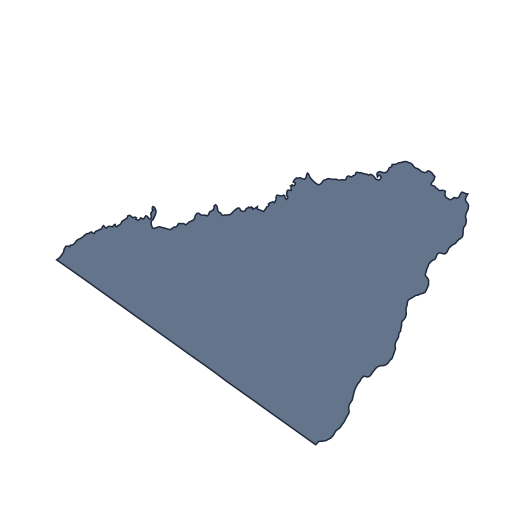 the district of Luciara, Mato Grosso, Brazil, rotated 24°
{"feature_id": "56859067B22609509698935", "entity_name": "Luciara", "entity_type": "district", "adm_level": 2, "iso_a3": "BRA", "parent_name": "Brazil", "parent_adm1": "Mato Grosso", "projection": "natural_earth1", "projection_center": [-50.968, -10.98], "detail": "fine", "context": "isolated", "style": "filled", "palette": "slate", "viewbox_px": 512, "rotation_deg": 24, "n_neighbors": 0, "source": "geoboundaries", "source_scale": "gbopen_adm2", "svg_char_len": 5733}
<svg xmlns="http://www.w3.org/2000/svg" viewBox="0 0 512 512"><g transform="rotate(24 256 256)"><path d="M424.3,113.1L422.5,113.7L419.9,113.7L418.2,113.8L417.6,115.3L417.5,119.4L416.4,121.2L413.0,122.1L411.6,124.9L410.3,125.6L408.6,125.6L406.6,125.3L405.0,124.6L403.7,123.3L403.2,121.9L402.7,119.8L400.2,119.8L397.0,121.6L395.6,121.5L394.4,120.8L392.5,120.6L391.0,119.6L388.3,119.8L387.1,119.8L386.4,118.7L387.1,116.4L387.6,114.2L387.3,112.2L387.1,110.6L385.6,110.1L382.8,108.5L379.6,107.9L378.3,108.4L377.5,110.4L375.8,111.3L373.9,111.5L372.6,111.4L368.3,110.4L366.6,110.7L365.0,110.6L363.9,110.1L361.4,108.7L359.8,108.3L356.8,108.5L355.2,108.5L353.3,109.3L351.7,110.5L349.9,112.0L348.4,112.9L347.0,114.8L345.9,115.6L343.1,117.0L343.6,119.0L342.7,120.3L341.8,121.4L341.8,124.0L341.5,125.5L340.7,126.7L339.5,127.7L337.7,128.2L336.5,128.3L334.9,128.5L333.9,129.2L333.1,130.6L333.0,131.9L334.8,134.4L335.5,132.1L337.8,132.5L338.5,134.4L337.8,136.3L336.6,136.9L334.7,137.1L330.9,135.2L329.4,134.8L328.2,134.7L326.9,135.1L326.1,136.4L324.2,136.2L321.3,136.9L317.7,137.3L316.0,138.1L314.3,138.3L313.4,139.3L313.7,141.4L312.3,143.0L310.7,145.2L308.4,145.1L307.4,145.7L306.8,147.0L306.9,149.4L305.9,150.7L303.9,151.1L302.7,151.9L301.3,153.0L298.4,153.2L296.9,153.7L295.0,154.8L291.4,155.6L289.9,156.3L288.7,157.9L286.9,159.4L286.2,162.6L285.5,164.3L284.6,165.2L283.5,165.6L280.8,165.2L277.6,164.2L274.7,162.9L273.0,161.9L271.4,160.4L270.5,159.6L269.2,159.4L269.2,160.9L269.7,163.5L269.4,166.1L266.3,166.6L265.2,166.5L264.0,166.8L262.6,168.0L261.1,168.2L260.4,170.3L259.8,171.7L259.9,173.3L262.2,173.3L262.7,174.8L261.9,176.7L260.0,176.3L259.1,177.8L260.2,177.7L260.2,179.5L261.5,181.8L259.9,182.4L258.5,182.6L258.0,183.9L258.3,185.8L259.2,186.8L259.2,188.4L260.7,188.9L261.4,190.1L260.7,192.0L258.9,190.9L257.6,189.4L256.5,189.1L255.7,190.1L254.6,191.0L252.6,191.3L250.3,192.0L250.4,194.3L251.4,196.1L251.3,198.1L251.0,200.0L249.5,199.5L248.0,200.9L246.9,202.0L246.2,203.4L247.3,204.7L246.7,205.9L245.8,206.7L245.8,208.2L245.3,210.2L244.9,212.2L238.0,212.5L237.2,210.3L235.8,212.7L234.7,213.8L233.9,214.7L233.1,213.3L231.6,213.1L230.9,214.6L229.4,214.3L228.9,215.6L227.8,216.5L227.7,218.9L226.2,220.5L224.9,220.8L223.6,220.6L221.6,219.1L220.2,219.3L219.1,220.6L217.9,222.9L217.2,224.6L216.6,226.5L215.6,228.6L214.1,229.5L212.1,230.9L210.9,231.0L209.6,232.3L208.2,232.4L206.1,231.1L203.8,230.9L202.5,230.0L201.4,228.1L200.1,226.4L198.3,225.6L197.3,227.2L198.2,229.4L198.1,231.3L197.4,232.5L195.7,234.5L195.7,237.0L195.6,238.3L194.8,239.4L193.0,239.3L190.2,240.7L189.0,240.8L186.1,240.2L184.8,241.0L184.1,243.2L184.5,247.1L184.0,248.8L180.9,252.3L180.1,254.6L178.9,256.2L176.9,255.7L174.2,257.0L172.0,257.8L171.7,260.8L170.7,262.4L169.3,262.9L167.3,266.4L165.5,267.2L160.0,267.8L158.5,268.2L156.1,268.5L155.0,269.1L151.6,272.3L150.0,272.5L147.5,269.8L146.7,268.3L146.1,266.6L147.2,264.7L147.3,259.7L147.1,258.1L146.6,256.0L145.5,254.5L144.6,253.7L143.1,252.7L141.7,252.8L141.6,254.1L142.3,255.7L143.6,255.7L142.8,258.0L142.5,259.7L143.4,261.3L144.6,262.9L144.5,265.0L143.1,265.5L141.8,264.7L140.8,264.0L139.0,264.1L138.3,267.5L137.4,268.3L135.2,267.9L134.8,269.8L133.9,271.4L132.4,271.3L131.2,271.4L131.3,269.8L130.0,269.6L129.0,270.1L127.6,271.2L125.2,270.3L123.8,270.3L122.5,271.6L122.9,273.8L122.0,274.9L120.9,276.9L120.0,277.9L119.4,279.0L119.4,281.5L118.8,283.0L117.6,284.1L117.3,285.7L115.8,286.0L114.4,284.4L113.6,285.3L113.1,287.7L110.1,288.4L108.9,289.2L108.0,291.3L106.8,291.5L105.5,290.6L104.2,290.3L103.8,291.7L103.9,293.1L103.6,294.5L102.3,295.4L101.6,296.7L100.6,297.5L99.4,298.9L99.0,301.2L97.7,301.4L95.8,300.9L94.5,302.6L93.5,304.0L92.3,304.3L91.6,305.7L90.5,307.5L90.1,309.1L89.0,310.6L88.4,311.7L87.3,312.5L86.6,313.8L85.7,314.9L85.2,318.2L84.6,319.5L83.6,320.7L81.9,321.8L82.0,323.2L80.0,323.5L78.3,324.5L78.1,326.3L77.9,327.9L78.6,330.4L78.2,333.1L77.8,335.4L77.1,337.7L75.4,340.6L112.6,347.9L122.6,350.0L138.9,353.3L148.5,355.3L150.1,355.6L152.2,356.0L167.9,359.3L192.5,364.2L225.7,371.0L229.4,371.8L233.8,372.7L241.4,374.2L242.7,374.5L247.2,375.3L265.8,379.1L279.4,382.3L318.9,390.2L320.1,390.5L325.9,391.7L338.7,394.3L376.7,402.0L377.9,402.3L387.3,404.1L387.8,402.9L388.4,400.4L389.9,399.2L392.3,398.0L395.2,396.0L396.2,394.6L398.4,391.9L399.6,388.3L399.7,386.0L400.3,382.7L402.2,379.5L402.7,378.2L403.3,374.6L404.0,371.9L404.2,367.0L404.4,364.7L404.6,363.5L404.7,361.9L404.5,360.5L402.7,357.6L401.8,355.2L401.7,353.6L402.5,348.2L401.5,343.3L401.2,341.7L400.7,338.6L400.7,335.6L400.8,333.6L400.8,332.0L401.8,328.8L402.1,324.7L403.5,321.8L406.0,321.4L407.3,321.1L408.7,319.5L409.2,318.4L409.5,316.8L410.3,312.8L411.3,309.5L412.1,307.9L412.9,306.9L413.9,306.0L414.9,305.4L417.9,303.7L418.9,302.5L419.9,300.9L420.3,299.6L420.6,297.0L421.9,294.7L421.9,293.0L421.1,283.8L419.5,281.4L418.8,279.0L418.7,276.1L419.1,274.0L419.1,272.0L418.3,269.6L418.0,267.8L418.7,265.8L418.0,264.0L417.4,260.8L415.9,257.0L416.8,254.3L417.5,251.3L417.0,248.1L416.3,246.6L415.5,245.4L414.5,243.3L413.9,239.0L413.1,236.6L413.0,234.4L414.0,232.6L415.2,231.3L417.1,228.3L418.2,226.9L420.2,225.6L421.3,224.0L423.5,222.4L425.2,220.5L425.5,218.0L425.4,216.3L425.5,212.6L424.1,209.4L423.6,208.0L422.2,206.7L419.1,205.3L418.2,204.2L417.3,197.2L417.4,195.2L417.1,193.3L418.3,189.5L419.5,187.6L420.5,186.7L421.0,185.2L420.8,180.3L422.5,178.2L426.5,177.8L428.0,176.9L428.8,175.2L429.1,170.2L430.6,166.6L433.1,163.3L433.4,161.7L434.6,158.3L435.6,157.1L436.6,154.9L436.6,153.0L435.7,150.4L434.8,148.7L434.1,145.4L434.7,142.5L434.3,139.8L433.5,137.5L431.6,135.3L430.9,133.0L430.6,130.7L430.8,127.6L430.2,124.9L429.5,123.3L428.6,122.4L427.5,121.5L426.3,121.2L424.4,119.5L423.9,117.2L424.3,113.1Z" fill="#64748b" stroke="#1e293b" stroke-width="1.5"/></g></svg>